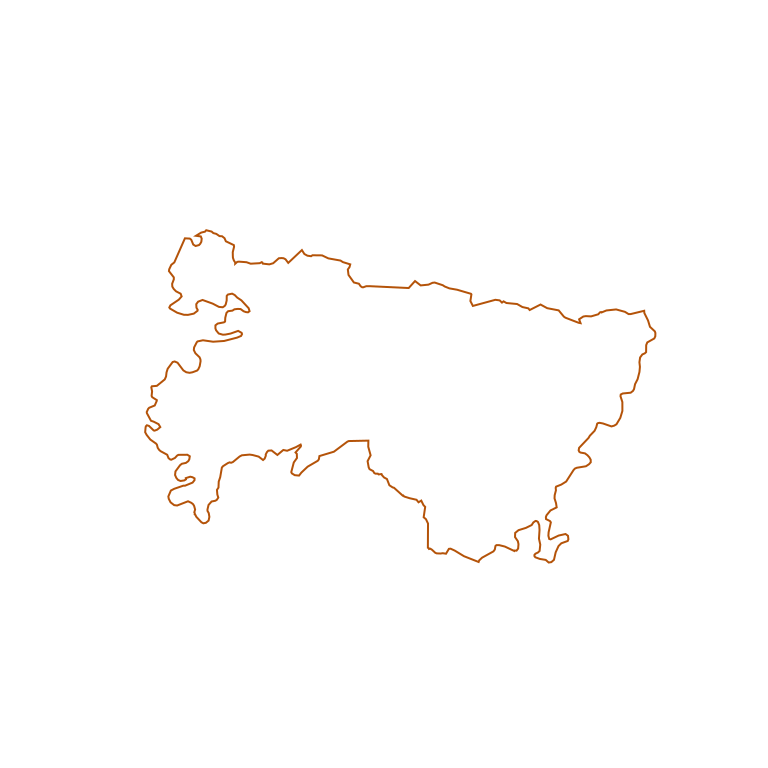 outline of La Misión, Hidalgo, Mexico, rotated 134°
{"feature_id": "50627088B23138580841990", "entity_name": "La Misión", "entity_type": "district", "adm_level": 2, "iso_a3": "MEX", "parent_name": "Mexico", "parent_adm1": "Hidalgo", "projection": "orthographic", "projection_center": [-99.056, 21.066], "detail": "fine", "context": "isolated", "style": "outline", "palette": "amber", "viewbox_px": 768, "rotation_deg": 134, "n_neighbors": 0, "source": "geoboundaries", "source_scale": "gbopen_adm2", "svg_char_len": 6154}
<svg xmlns="http://www.w3.org/2000/svg" viewBox="0 0 768 768"><g transform="rotate(134 384 384)"><path d="M446.3,192.3L444.8,193.0L440.8,192.8L428.4,189.0L426.1,189.3L423.1,191.3L421.8,191.2L419.9,189.2L417.0,184.2L413.7,174.5L413.4,174.7L411.8,172.9L409.2,173.2L405.8,176.0L404.1,178.5L403.1,183.4L400.0,186.2L395.7,185.7L389.0,182.0L382.9,179.8L379.8,180.4L377.3,179.9L376.6,179.0L376.3,177.4L377.7,174.3L381.0,170.7L387.6,165.1L391.0,160.0L396.0,156.1L398.3,156.2L400.9,157.2L402.6,157.0L403.4,156.0L403.5,154.7L401.6,150.4L398.2,145.5L398.0,141.5L395.9,139.9L392.4,139.6L385.8,143.6L379.3,145.9L375.4,145.8L369.3,142.8L367.6,143.5L365.4,146.2L365.8,149.2L371.7,153.1L380.0,156.2L380.7,157.5L379.0,160.3L376.3,162.6L367.6,167.9L367.3,169.4L368.6,173.6L367.3,175.1L365.5,175.9L359.3,176.4L352.8,174.1L350.2,177.5L347.8,181.9L345.4,184.0L341.0,186.5L339.5,188.3L338.3,188.9L333.2,186.6L327.6,185.2L314.1,187.9L312.1,187.9L310.3,187.1L302.9,181.6L299.3,180.8L296.7,180.9L294.9,182.7L294.1,185.3L293.9,188.2L294.3,191.3L296.8,195.0L297.1,196.4L296.5,197.9L294.4,199.3L280.7,199.4L278.2,200.0L271.4,200.0L267.6,201.3L264.4,203.1L263.5,202.9L262.2,202.0L260.3,199.1L256.5,190.9L254.1,189.5L251.5,188.8L244.2,190.5L237.8,193.8L231.4,200.0L228.5,205.4L227.1,206.4L225.0,205.7L218.9,200.5L216.0,200.1L214.0,200.6L209.7,203.3L204.4,204.9L197.9,208.6L193.9,211.8L190.9,215.4L187.0,218.2L183.3,218.7L180.8,217.7L179.0,217.6L173.9,222.4L171.2,223.5L163.5,221.2L161.2,222.0L158.8,224.2L158.0,225.7L158.1,232.4L154.9,238.2L152.1,246.0L150.6,247.7L162.3,255.1L163.8,256.6L164.7,260.8L169.1,268.8L176.6,275.1L181.4,277.2L181.4,277.8L182.4,278.4L185.0,278.3L191.5,282.0L195.0,286.0L197.0,287.5L201.9,288.6L203.7,284.9L204.8,286.6L210.3,299.6L210.6,301.4L209.7,309.5L216.1,319.3L218.1,326.6L229.6,330.6L229.3,332.7L232.5,337.9L234.0,343.8L240.7,352.2L241.5,355.4L243.5,355.7L243.5,358.9L246.1,362.4L266.1,374.3L264.3,379.5L258.8,383.4L258.7,384.1L265.4,396.9L269.8,403.4L271.7,408.1L272.1,410.3L275.8,418.0L277.5,419.4L281.6,421.0L287.6,426.1L288.4,433.2L297.8,432.9L323.8,462.5L326.0,464.7L329.0,466.2L329.6,467.0L329.9,468.7L329.3,471.7L331.9,476.2L330.2,485.3L326.7,489.6L323.9,490.0L321.4,491.4L324.9,498.3L325.4,501.0L332.3,511.3L334.5,517.9L341.1,524.9L342.7,525.2L344.9,528.2L345.8,531.6L344.7,536.1L363.4,537.0L362.7,541.5L363.3,543.6L364.5,545.1L366.6,547.0L374.1,547.6L377.6,549.6L381.6,554.8L381.1,555.9L381.3,556.6L383.4,557.3L390.1,563.5L391.9,567.5L396.8,573.4L398.1,574.4L400.8,574.6L400.0,575.3L399.4,577.9L398.1,580.4L396.7,581.9L394.2,584.4L389.4,587.2L388.4,588.5L391.2,596.9L389.9,600.0L390.2,603.1L391.9,605.1L392.5,608.9L394.0,611.6L394.1,613.9L396.9,618.7L398.8,618.6L402.1,620.7L408.0,622.2L405.1,618.3L406.1,616.1L408.6,614.2L410.8,613.6L412.6,613.6L415.6,615.4L416.2,618.1L414.1,622.9L414.3,624.7L417.5,628.4L442.2,619.3L446.0,619.8L450.7,618.2L452.2,617.1L453.3,609.3L454.7,607.9L459.1,606.0L461.0,603.9L461.7,601.3L461.8,598.0L460.3,593.0L461.6,590.4L465.9,590.2L475.8,592.3L478.1,591.6L478.4,590.4L476.4,582.3L473.2,576.0L470.4,573.0L465.5,569.7L460.9,569.0L460.1,569.5L459.4,571.9L457.0,574.5L453.9,574.9L449.6,572.9L445.2,563.1L443.2,556.3L440.8,553.3L438.5,552.8L436.8,553.1L433.2,555.2L429.9,558.3L429.0,558.4L428.0,558.4L424.5,556.0L423.7,553.2L423.8,549.6L422.9,544.7L423.5,534.0L425.0,531.3L426.9,531.6L428.2,533.3L429.2,535.5L429.7,539.2L431.6,541.4L434.2,543.5L436.5,544.0L439.9,546.7L442.3,546.7L446.6,544.2L449.5,541.7L450.9,542.0L456.0,545.6L458.9,546.0L461.1,543.9L462.0,542.1L462.5,538.0L460.5,534.2L458.7,532.5L454.3,529.4L447.1,525.8L446.1,522.0L446.7,520.8L448.7,520.2L452.7,521.9L464.1,528.9L472.3,536.3L478.3,544.6L482.9,547.7L484.0,547.7L489.6,546.0L491.7,544.4L492.9,541.0L492.9,535.2L493.8,533.2L495.0,531.8L499.3,528.9L502.5,527.8L504.2,527.8L508.6,529.9L511.0,531.6L512.9,534.4L513.6,537.8L512.1,547.3L513.2,550.2L515.0,551.3L523.3,550.2L526.7,548.5L530.0,546.0L533.0,544.9L543.1,546.1L546.9,549.4L548.0,549.1L550.4,545.7L554.0,542.9L554.5,541.5L553.4,536.2L554.1,535.7L558.7,534.0L564.2,536.4L565.6,536.4L569.0,535.2L569.7,534.3L572.3,526.1L571.1,523.5L569.5,518.3L570.4,515.0L574.3,515.4L576.9,516.6L577.4,517.4L577.4,523.9L578.4,525.9L579.9,525.9L580.9,525.3L584.6,522.3L585.5,519.4L586.3,513.5L585.2,506.5L585.4,505.2L587.1,502.4L587.6,499.9L587.5,498.0L585.5,490.8L587.0,487.5L586.8,485.3L586.2,484.4L582.4,483.0L579.3,483.1L577.8,482.7L571.5,476.3L570.9,473.5L573.5,471.7L575.5,471.2L578.4,471.7L581.8,474.0L584.1,474.3L591.7,473.3L594.6,471.1L595.8,468.2L596.1,465.5L595.1,463.0L592.1,460.7L590.1,460.2L589.4,461.2L585.3,459.0L584.1,457.0L583.5,454.7L584.8,453.5L587.9,453.2L595.4,456.5L596.5,457.7L605.1,462.1L608.7,463.3L614.7,461.0L616.1,459.1L617.4,455.3L616.9,450.8L615.1,448.4L604.5,443.5L603.3,440.0L603.1,437.8L603.6,435.9L605.5,432.7L608.1,431.3L608.4,430.3L609.3,429.6L609.2,428.6L609.9,426.9L610.3,419.3L609.7,417.2L607.6,415.7L604.1,415.3L600.9,417.3L598.6,420.4L597.9,422.8L596.9,423.8L592.9,426.2L588.3,426.4L585.1,424.2L583.5,423.8L580.8,424.3L579.3,427.1L576.2,430.6L573.5,431.1L569.0,435.1L564.8,437.1L556.7,442.6L554.9,442.7L549.4,441.4L547.6,440.6L546.9,439.3L545.2,438.5L536.4,437.5L534.0,436.7L528.1,431.6L526.3,429.1L523.3,423.7L522.7,418.2L520.6,418.0L517.7,419.2L516.9,420.1L514.3,420.9L512.3,420.9L509.9,418.7L509.1,411.4L501.4,410.6L499.3,407.3L490.6,403.5L485.5,401.9L485.9,401.0L486.8,400.4L494.7,400.1L494.8,398.2L497.7,395.2L503.1,394.4L511.8,389.5L512.3,388.2L511.6,384.9L508.9,381.5L505.1,381.9L496.5,381.5L485.2,378.3L483.5,378.5L480.7,380.4L467.5,373.0L450.9,370.3L449.5,369.7L435.6,355.9L440.1,351.7L444.6,344.1L450.9,342.2L454.6,337.1L455.3,335.2L454.2,331.4L454.8,329.1L454.4,327.8L452.8,326.2L452.8,325.1L450.5,323.2L451.0,322.0L451.2,319.0L450.3,315.9L453.1,309.8L452.4,306.0L451.7,304.7L451.3,292.9L450.8,292.7L450.9,291.3L448.4,286.3L444.7,280.2L445.1,277.0L442.0,276.2L443.7,271.5L443.8,269.0L452.3,262.9L452.1,259.9L453.8,255.4L471.3,238.7L471.0,237.9L471.4,237.0L470.3,236.3L469.9,234.4L469.8,229.8L469.2,228.4L466.7,225.6L464.9,224.2L463.0,221.5L457.5,222.8L456.2,221.7L454.7,217.4L452.3,206.8L446.3,192.3Z" fill="none" stroke="#b45309" stroke-width="2"/></g></svg>